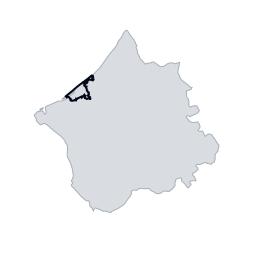 Grands Ponts, Lagunes, Ivory Coast (highlighted), rotated 147°
{"feature_id": "98640826B83353125268201", "entity_name": "Grands Ponts", "entity_type": "district", "adm_level": 2, "iso_a3": "CIV", "parent_name": "Ivory Coast", "parent_adm1": "Lagunes", "projection": "albers", "projection_center": [-4.906, 5.455], "detail": "fine", "context": "in_parent", "style": "outline", "palette": "ink", "viewbox_px": 256, "rotation_deg": 147, "n_neighbors": 0, "source": "geoboundaries", "source_scale": "gbopen_adm2", "svg_char_len": 7016}
<svg xmlns="http://www.w3.org/2000/svg" viewBox="0 0 256 256"><g transform="rotate(147 128 128)"><path d="M65.4,59.4L66.2,59.4L68.1,58.8L70.0,57.5L71.6,54.8L73.9,52.6L76.5,52.7L77.2,52.3L78.1,52.3L79.2,53.7L80.3,54.8L81.0,54.9L81.6,57.0L86.2,57.9L88.2,58.5L89.9,60.0L90.5,60.0L91.2,59.7L91.8,59.2L91.9,58.6L91.2,57.2L91.5,56.0L92.2,54.9L93.4,54.8L95.2,54.5L97.3,54.5L98.9,54.7L99.5,53.6L98.9,50.5L99.1,48.8L99.3,47.3L99.9,46.7L102.2,48.5L104.3,49.2L105.8,49.3L106.2,48.9L105.6,46.9L105.8,46.3L106.3,46.0L107.3,45.8L110.0,45.0L110.3,45.1L110.8,48.3L110.6,49.3L111.1,51.4L111.8,53.4L111.8,54.2L111.2,55.4L110.5,56.6L110.6,57.0L111.6,57.8L113.7,58.6L115.8,58.8L117.0,57.6L118.2,56.7L119.1,55.8L119.4,54.6L120.7,53.7L124.6,52.6L128.1,52.4L129.0,52.8L130.6,54.5L132.6,55.7L135.7,55.5L138.0,56.2L139.9,57.6L141.2,60.5L142.6,62.6L143.3,65.7L145.5,67.3L147.3,68.0L149.7,70.2L152.1,71.3L154.7,71.0L155.9,72.2L157.8,73.0L159.7,73.1L161.4,70.5L163.6,69.5L169.2,67.5L171.4,66.6L173.7,66.0L179.1,65.8L184.1,66.4L186.6,66.9L188.3,66.5L189.9,67.7L191.6,70.2L193.0,71.0L194.4,71.9L195.4,73.9L196.7,75.9L197.3,76.8L198.8,78.7L200.1,78.7L201.4,77.9L202.0,77.2L202.2,78.5L201.7,80.6L201.8,81.9L202.5,82.4L202.1,84.1L200.7,86.9L200.7,88.6L202.1,89.1L203.2,90.9L203.8,94.0L204.5,95.0L204.5,95.6L205.6,103.0L207.0,110.4L206.2,111.4L205.0,111.6L204.3,112.0L204.0,112.7L204.5,113.7L204.2,114.6L202.8,115.3L199.7,117.6L199.5,118.6L198.6,120.6L197.9,121.8L196.9,124.1L195.3,130.1L194.7,135.1L194.7,136.6L194.0,137.7L193.3,139.2L189.9,143.5L188.2,147.0L188.4,148.5L188.5,150.0L188.0,151.1L188.1,154.1L188.5,156.6L189.2,159.0L191.6,165.8L192.9,170.0L193.7,173.3L194.5,175.6L195.1,176.5L195.4,177.4L199.1,178.0L199.8,178.5L200.8,182.8L200.6,184.8L199.9,185.6L199.9,187.2L199.8,189.3L199.3,190.1L197.2,190.3L195.8,191.0L194.0,190.7L193.8,190.2L192.8,190.0L190.1,188.9L190.5,185.1L189.2,184.9L188.3,185.4L186.3,190.0L185.4,190.8L171.8,188.5L168.9,186.6L165.3,186.1L159.2,186.4L154.1,186.9L152.6,188.1L165.5,187.4L166.8,187.5L167.5,188.2L151.3,189.7L145.1,190.6L143.2,190.4L141.9,188.9L135.1,188.7L133.8,189.2L132.9,190.3L135.6,190.1L139.7,190.0L140.9,190.8L127.8,191.9L118.7,193.9L114.9,195.4L102.2,200.4L94.5,202.7L92.4,203.6L88.9,206.0L84.4,207.5L79.3,210.4L76.2,211.0L75.5,210.1L75.5,205.2L75.1,198.7L75.2,196.3L75.7,193.9L75.7,192.0L77.2,191.3L77.6,190.4L77.9,187.9L79.3,185.6L79.4,181.6L79.8,180.8L80.1,179.7L79.5,177.1L78.7,172.1L78.4,171.8L78.0,172.0L77.2,172.1L74.0,170.4L71.6,170.1L69.9,168.6L69.8,166.9L68.9,166.0L68.4,164.0L67.5,161.8L65.1,160.5L62.8,160.1L61.2,160.4L59.3,160.3L57.2,159.6L55.7,158.7L54.3,157.1L53.0,155.8L51.9,155.9L50.7,155.6L49.4,155.0L49.0,154.6L54.3,149.5L56.1,147.0L56.3,145.4L56.3,143.9L56.9,142.3L57.1,139.9L54.2,131.0L53.5,128.3L52.7,127.5L52.2,127.2L53.7,126.1L55.7,126.4L58.8,127.3L59.5,126.4L61.8,122.0L61.8,120.3L61.6,119.2L63.0,116.1L64.0,115.0L64.6,113.7L64.5,112.0L63.6,111.3L62.5,111.4L61.3,111.0L59.3,110.0L58.3,109.1L58.6,105.1L58.8,103.8L59.5,103.1L60.6,102.9L63.7,102.8L66.1,103.3L68.3,103.6L69.5,103.6L70.4,104.8L71.7,106.0L72.8,106.0L73.2,105.1L72.9,101.1L72.2,99.0L70.5,97.0L66.2,95.2L66.1,92.8L66.6,90.2L67.5,89.3L70.7,87.6L70.2,86.7L69.2,85.8L67.1,84.8L67.6,81.7L67.7,78.9L66.0,79.2L64.3,79.3L62.8,78.5L61.5,76.8L61.3,72.1L61.4,66.7L61.1,64.3L61.6,63.1L63.1,61.9L64.8,60.4L65.4,59.4ZM192.2,190.8L191.5,191.8L188.1,191.2L188.9,190.3L192.2,190.8Z" fill="#d9dde1" stroke="#a8b0b8" stroke-width="1"/><path d="M144.1,173.0L143.9,172.9L143.8,173.0L143.6,173.1L143.6,173.3L143.6,173.5L143.5,173.9L143.5,174.0L143.3,174.1L143.1,174.3L143.2,174.5L143.1,174.8L143.2,175.1L143.3,175.5L143.5,175.7L143.5,175.9L143.6,176.0L143.8,176.2L143.9,176.4L144.0,176.4L144.0,176.5L143.9,176.7L143.7,176.8L143.8,177.0L143.7,177.0L143.5,177.3L143.4,177.4L143.2,177.5L142.9,177.6L142.6,177.6L142.5,177.8L142.4,177.8L142.4,178.0L142.3,178.3L142.2,178.3L142.1,178.6L141.9,178.8L141.7,178.9L141.7,179.1L141.6,179.3L141.7,179.5L141.8,179.5L142.0,179.7L142.0,179.8L142.0,180.0L142.0,180.4L142.1,180.5L142.2,180.8L142.2,181.1L142.1,181.4L142.0,181.5L141.9,181.6L142.0,181.7L142.0,181.8L141.9,181.9L141.9,182.0L141.8,182.3L141.7,182.5L141.6,182.8L141.5,183.0L141.4,183.2L141.3,183.5L141.3,183.8L141.2,183.9L141.1,184.1L141.1,184.3L141.1,184.5L140.9,184.6L141.0,184.6L140.9,184.8L140.8,185.0L141.0,185.2L140.9,185.3L141.0,185.4L141.0,185.5L140.9,185.6L140.8,185.8L140.7,185.8L140.8,185.9L140.8,186.0L141.6,187.0L141.6,187.4L141.4,187.5L141.2,187.8L141.0,188.0L140.8,188.1L140.7,188.1L140.7,189.2L139.7,189.7L138.9,189.2L139.0,188.8L139.1,188.7L139.2,188.4L139.2,188.2L138.2,188.1L137.6,188.2L137.6,188.4L137.6,188.5L137.4,188.6L137.5,188.8L136.4,189.6L135.1,189.6L134.5,190.1L132.9,188.6L132.7,188.5L132.5,188.4L132.2,188.4L132.0,188.5L131.9,188.5L131.9,188.3L132.0,188.2L132.1,187.7L132.0,187.4L131.7,187.3L131.5,187.2L131.4,187.1L131.2,187.2L131.2,187.4L131.2,187.5L131.0,187.4L130.8,187.4L130.5,187.4L130.4,187.6L130.5,187.7L130.6,188.0L130.6,188.3L130.6,188.5L130.5,188.9L130.4,189.0L130.5,189.1L130.3,189.2L130.2,189.3L130.1,189.5L129.8,189.5L129.6,189.5L129.5,189.8L129.4,190.2L129.5,190.3L129.4,190.4L129.5,190.5L129.4,190.7L129.5,190.7L129.4,190.8L129.3,191.0L129.4,191.3L129.5,191.4L129.6,191.5L129.8,191.8L131.1,191.7L131.5,191.6L132.5,191.5L132.9,191.4L133.4,191.4L134.0,191.3L135.0,191.2L135.5,191.2L136.2,191.1L137.5,191.1L137.8,191.0L139.2,190.9L139.4,190.9L140.2,190.9L140.3,190.9L140.9,190.9L142.3,190.7L142.5,190.8L142.8,190.7L143.4,190.7L143.5,190.7L144.7,190.6L144.9,190.6L145.5,190.5L145.9,190.5L146.1,190.5L146.5,190.5L146.9,190.4L147.9,190.3L148.6,190.3L149.7,190.1L150.0,190.0L150.3,190.0L151.0,189.9L151.3,189.9L151.5,189.9L153.2,189.6L154.5,189.4L156.2,189.2L156.8,189.2L157.9,189.1L158.1,189.0L159.2,188.9L159.7,188.8L160.1,188.8L160.6,188.8L161.4,188.7L162.9,188.5L162.6,186.9L161.3,187.0L160.8,186.2L160.5,184.0L160.2,183.8L160.2,183.7L160.3,183.5L160.3,183.3L160.5,183.2L160.8,183.2L160.9,182.9L161.0,182.9L161.1,182.5L161.0,182.4L160.9,182.3L160.7,182.4L160.7,182.0L160.6,181.9L160.6,181.7L159.9,181.3L159.7,181.1L159.4,181.0L159.1,180.9L158.8,180.7L158.7,180.6L158.4,180.5L158.2,180.5L157.8,180.5L157.7,180.6L157.5,180.4L157.5,180.5L157.4,180.5L157.3,180.4L157.2,180.5L156.9,180.4L156.7,180.3L156.3,180.3L156.2,180.2L156.1,180.3L156.0,180.2L155.9,180.3L155.9,180.2L155.8,180.3L155.7,180.2L155.4,180.1L155.2,180.1L154.8,180.0L154.6,180.0L154.3,180.3L154.2,180.3L153.6,180.2L153.4,180.1L153.2,180.1L149.9,179.7L150.2,178.7L149.9,178.7L149.7,178.7L149.2,178.8L148.9,179.0L148.6,179.1L148.4,179.2L146.7,179.6L146.8,179.3L146.7,179.2L146.6,178.9L146.4,178.7L146.3,178.4L146.2,178.3L146.2,178.2L146.4,178.2L146.5,178.2L146.5,178.3L146.8,178.1L147.0,177.8L147.1,177.6L147.4,177.4L147.6,177.3L147.7,177.2L147.9,176.9L147.9,176.7L147.6,176.2L147.3,176.0L147.2,175.9L147.0,175.6L146.9,175.3L146.9,175.1L146.7,174.9L146.6,174.7L145.9,174.5L145.7,174.6L145.2,174.3L144.7,174.3L144.7,174.2L144.3,173.9L144.4,173.7L144.3,173.4L144.2,173.2L144.1,173.0Z" fill="none" stroke="#020617" stroke-width="2"/></g></svg>